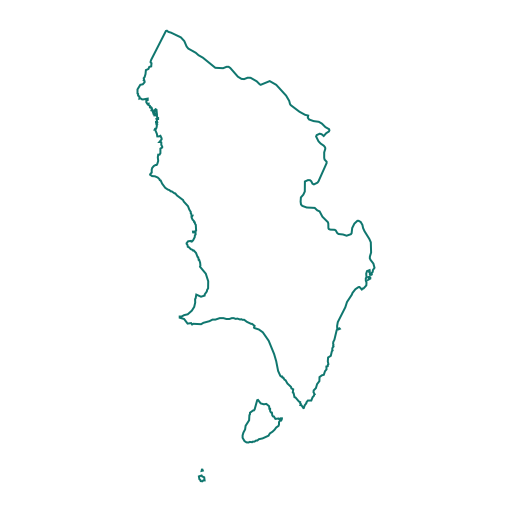 the district of Pedernales, Pedernales, Dominican Republic
{"feature_id": "3306468B80072272336201", "entity_name": "Pedernales", "entity_type": "district", "adm_level": 2, "iso_a3": "DOM", "parent_name": "Dominican Republic", "parent_adm1": "Pedernales", "projection": "natural_earth1", "projection_center": [-71.521, 17.882], "detail": "fine", "context": "isolated", "style": "outline", "palette": "teal", "viewbox_px": 512, "rotation_deg": 0, "n_neighbors": 0, "source": "geoboundaries", "source_scale": "gbopen_adm2", "svg_char_len": 6078}
<svg xmlns="http://www.w3.org/2000/svg" viewBox="0 0 512 512"><path d="M323.7,136.0L326.2,133.2L328.9,131.5L329.4,130.4L329.1,129.2L325.4,127.1L321.9,123.6L318.8,121.8L313.6,121.1L309.1,119.5L307.8,117.7L308.2,115.6L305.0,114.8L299.4,111.7L290.7,105.1L290.0,104.0L289.2,100.9L286.1,95.6L276.2,84.8L269.7,81.1L260.7,84.8L259.7,84.3L256.7,81.3L250.6,77.8L247.7,77.7L244.1,79.1L241.5,78.9L237.9,76.7L230.3,68.0L228.6,66.8L226.6,66.8L223.1,68.2L215.3,67.8L202.9,57.7L198.5,55.2L195.8,52.8L188.3,48.6L186.6,46.5L184.3,41.1L180.9,37.4L170.9,32.6L168.4,31.9L166.9,30.7L165.9,31.0L151.2,59.8L150.6,61.6L150.6,62.4L151.5,63.2L151.2,66.4L149.3,66.9L148.4,69.0L145.9,70.1L145.5,74.1L144.6,77.1L143.7,78.2L144.1,79.6L143.7,80.3L144.6,81.1L144.6,82.2L142.8,84.3L140.3,84.8L137.5,89.4L137.5,93.5L138.1,93.9L138.1,95.6L139.4,96.5L139.4,98.6L140.3,98.2L142.1,99.4L143.3,99.4L147.7,98.6L147.7,100.1L146.3,100.7L146.3,102.2L147.2,103.7L148.5,103.7L148.1,104.7L149.9,105.8L149.9,107.3L150.3,107.7L151.2,107.3L151.6,107.7L152.1,109.2L151.6,109.8L151.2,111.3L151.6,110.3L152.9,110.3L153.4,111.3L152.9,112.0L153.4,113.5L155.0,110.9L155.0,109.8L155.6,109.2L156.5,109.8L156.9,113.9L155.6,113.5L155.6,114.3L155.0,114.3L154.7,115.4L156.9,115.4L157.2,117.5L158.1,117.9L158.1,119.0L156.5,119.0L157.2,122.0L156.0,122.0L156.0,122.6L156.5,122.6L157.2,124.1L156.5,124.5L156.9,125.6L156.5,127.7L156.0,128.8L155.1,128.8L154.7,129.6L155.1,129.6L156.9,133.9L157.3,136.4L159.1,136.4L160.4,135.8L161.6,138.3L161.6,139.4L159.4,142.0L160.9,142.0L161.3,142.4L161.3,144.9L162.2,146.6L162.2,147.5L160.4,148.6L160.4,153.2L159.5,154.7L158.2,154.7L157.8,157.3L158.2,160.9L157.3,163.9L156.6,165.0L155.6,165.0L153.8,166.0L152.2,167.9L151.7,169.7L151.7,172.6L150.5,173.7L150.1,174.7L152.1,176.1L154.9,176.3L157.7,177.5L159.4,179.1L159.8,180.2L160.7,180.5L162.1,183.6L165.2,187.8L167.9,189.6L169.4,190.1L170.7,191.3L171.6,191.3L174.6,193.4L175.3,193.4L176.9,195.4L183.1,200.1L183.7,201.5L188.0,206.2L189.3,209.6L190.8,212.0L190.7,213.1L191.2,213.7L191.6,215.9L192.4,215.8L192.1,216.5L191.5,216.9L191.7,217.8L192.6,219.7L193.9,221.0L194.0,221.9L194.8,222.3L194.9,223.5L195.8,224.9L196.1,230.5L195.7,230.7L195.5,231.9L195.6,234.5L194.9,235.3L194.7,237.2L193.1,240.3L191.8,241.6L191.3,241.6L190.9,240.9L188.1,241.3L186.6,243.2L186.6,243.8L187.5,245.0L187.8,246.8L189.0,247.3L190.7,249.1L192.6,249.9L193.1,250.6L193.8,250.5L196.0,252.9L197.6,257.0L198.2,257.3L198.7,259.9L199.2,259.9L200.1,262.6L200.4,265.5L200.0,266.7L205.8,273.7L208.2,281.2L208.1,288.3L207.1,290.0L206.8,291.5L204.7,294.4L204.6,295.6L201.0,296.7L196.3,294.6L195.6,298.4L195.1,299.1L195.2,302.6L194.2,306.9L191.8,310.7L187.7,314.3L184.2,315.1L181.6,316.5L179.7,316.5L179.7,317.7L184.1,319.0L187.6,323.6L191.1,323.1L192.1,324.5L193.4,323.8L201.1,324.2L203.4,322.8L209.4,321.2L212.5,319.6L215.4,319.6L219.8,318.1L223.3,318.1L226.4,319.0L229.4,319.0L231.9,318.1L233.6,318.1L235.7,318.9L237.4,318.6L240.1,319.5L241.2,319.2L242.5,319.8L244.2,319.8L246.8,321.8L251.2,323.9L252.1,323.9L254.6,325.9L254.0,327.4L254.3,328.0L258.9,329.5L262.8,332.3L268.7,340.8L274.1,354.0L276.2,361.2L278.1,370.9L280.3,375.8L281.5,376.7L282.0,376.5L282.6,377.7L283.4,377.7L284.4,379.6L285.6,380.3L287.4,383.5L291.0,386.9L291.4,388.4L293.2,389.3L292.8,392.5L293.6,393.1L294.5,397.2L295.5,397.5L298.9,401.5L300.2,402.1L300.1,403.1L300.8,403.9L300.4,405.1L301.5,405.3L303.4,408.1L303.8,408.0L304.7,405.3L306.3,403.3L306.4,402.4L307.9,400.5L311.3,400.5L312.6,397.2L313.9,395.8L314.3,394.3L314.6,394.2L313.5,392.2L313.7,390.4L315.9,388.1L317.1,384.1L319.4,381.1L319.5,377.1L321.9,375.3L323.8,374.8L325.0,371.2L326.5,369.4L326.4,366.5L327.7,366.2L327.9,364.7L328.4,364.2L327.8,361.3L328.1,357.5L330.8,355.8L331.9,351.1L332.6,350.5L332.2,349.1L332.6,347.6L333.5,346.6L333.1,345.8L333.5,344.9L333.1,343.8L333.3,341.9L334.4,339.7L336.7,330.1L337.1,329.4L338.1,329.5L339.8,328.8L339.4,328.3L337.6,328.9L337.2,328.3L337.1,326.0L337.8,322.1L345.3,307.3L347.0,302.0L351.8,294.7L352.5,292.9L355.4,289.2L358.5,287.1L359.5,287.0L361.8,289.5L362.6,288.5L363.5,288.5L366.3,285.4L366.5,282.7L365.8,280.6L365.8,278.3L366.5,277.2L366.2,273.7L367.0,271.1L369.6,270.1L369.8,271.3L369.2,272.1L370.1,273.1L369.8,274.2L370.2,274.9L371.4,274.8L371.8,274.5L371.6,273.0L372.7,271.9L372.9,270.1L374.5,267.8L373.4,263.6L370.6,260.0L369.8,258.3L369.9,256.5L371.1,252.5L370.8,242.3L369.3,238.9L364.5,231.2L363.1,228.1L362.4,224.9L360.7,222.0L358.6,220.8L357.4,220.8L354.4,223.6L352.2,228.0L351.6,233.2L350.9,234.2L346.6,235.7L343.0,234.5L338.5,234.0L337.2,233.0L335.8,230.5L334.7,229.8L330.2,229.6L328.8,229.0L328.4,228.1L328.3,223.6L327.9,222.2L322.4,216.7L319.6,211.4L317.2,210.3L314.7,207.9L306.7,207.5L302.3,205.9L301.0,204.5L300.6,201.6L300.9,197.4L303.3,194.7L304.8,191.5L304.9,181.5L308.0,180.1L310.0,180.2L311.2,181.2L312.5,183.7L313.9,184.4L317.4,182.7L318.4,181.5L326.6,163.1L326.6,161.7L324.6,159.6L324.2,157.9L324.2,152.4L325.3,148.8L325.1,147.4L323.8,145.7L320.7,143.6L318.5,141.3L316.1,136.5L316.7,135.1L319.7,133.7L321.6,134.2L323.7,136.0ZM258.0,399.9L257.2,400.2L254.6,409.5L253.9,410.4L253.2,410.4L250.0,412.7L249.9,414.5L249.4,415.1L249.1,420.3L245.6,425.8L245.1,429.4L243.4,432.6L242.6,435.4L242.6,437.8L244.5,441.1L246.5,442.4L248.6,442.5L249.7,441.9L252.1,442.2L252.6,441.7L254.5,441.6L256.1,440.5L257.4,440.5L258.9,439.2L262.6,438.4L268.5,435.7L269.9,433.4L272.5,431.7L274.6,429.7L276.2,427.5L278.5,425.9L279.0,424.4L279.0,422.1L280.2,420.5L281.2,420.5L281.9,418.9L281.9,418.3L280.6,418.3L279.7,419.1L279.0,419.1L278.6,418.5L275.4,418.9L273.9,416.5L273.0,416.4L272.3,415.4L271.9,412.6L270.9,412.4L270.1,410.9L270.1,408.8L269.4,408.8L269.1,406.2L266.3,403.9L263.9,404.3L260.7,403.4L258.0,399.9ZM201.6,475.5L198.9,476.4L199.4,479.2L200.4,480.1L200.7,481.1L202.4,481.3L203.3,480.4L204.6,480.4L204.2,477.3L202.1,476.4L201.6,475.5ZM369.3,276.8L368.3,277.1L368.9,278.4L368.3,279.7L370.3,278.6L370.3,277.4L369.3,276.8ZM194.9,231.6L193.0,231.6L193.1,232.4L194.6,232.5L195.1,232.1L194.9,231.6ZM202.4,469.6L201.9,469.6L201.6,470.9L202.8,470.6L202.4,469.6Z" fill="none" stroke="#0f766e" stroke-width="2"/></svg>